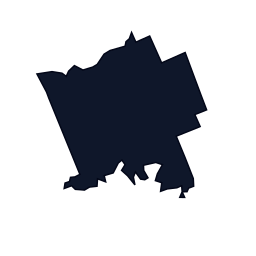 the district of Ponte Preta, Rio Grande do Sul, Brazil, rotated 336°
{"feature_id": "56859067B57948891893703", "entity_name": "Ponte Preta", "entity_type": "district", "adm_level": 2, "iso_a3": "BRA", "parent_name": "Brazil", "parent_adm1": "Rio Grande do Sul", "projection": "orthographic", "projection_center": [-52.512, -27.663], "detail": "fine", "context": "isolated", "style": "filled", "palette": "ink", "viewbox_px": 256, "rotation_deg": 336, "n_neighbors": 0, "source": "geoboundaries", "source_scale": "gbopen_adm2", "svg_char_len": 1061}
<svg xmlns="http://www.w3.org/2000/svg" viewBox="0 0 256 256"><g transform="rotate(336 128 128)"><path d="M170.1,42.2L165.5,47.0L161.3,48.3L158.6,52.1L143.2,49.9L136.2,50.8L125.7,57.4L120.5,58.0L110.4,56.7L104.4,49.2L96.9,51.9L92.6,55.7L90.0,51.1L81.5,45.6L66.8,41.6L68.2,62.0L67.8,68.3L65.2,150.8L59.6,151.1L55.4,149.7L52.8,153.1L48.1,152.7L45.1,157.3L53.0,157.8L54.9,162.6L59.4,165.0L63.0,167.0L68.8,166.3L76.0,168.6L79.5,162.0L85.7,168.1L86.9,161.8L96.2,163.0L104.9,156.0L109.4,154.8L110.4,160.3L104.9,164.1L108.2,171.5L111.2,182.8L112.9,175.1L116.9,171.2L118.7,179.8L122.3,182.1L126.0,181.6L125.1,173.2L127.0,168.3L139.4,170.8L144.6,175.5L136.2,181.8L131.6,187.2L136.6,191.7L132.0,199.1L139.1,199.6L148.4,202.5L153.6,202.5L151.5,208.3L156.0,210.2L158.9,207.6L164.3,207.9L167.1,200.7L168.1,178.0L168.7,155.1L194.5,156.0L194.5,142.9L207.2,143.4L208.1,127.3L209.1,110.8L210.9,82.3L185.2,82.2L185.2,69.5L185.2,64.3L185.2,52.8L170.1,52.8L170.1,42.2ZM151.5,208.3L147.1,212.4L151.5,214.4L151.5,208.3Z" fill="#0f172a" stroke="#020617" stroke-width="1.5"/></g></svg>